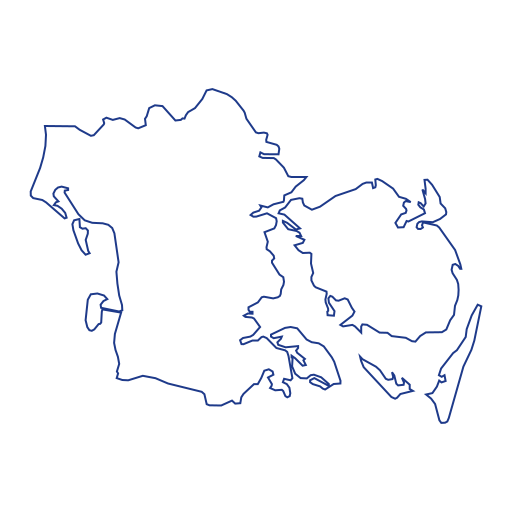 Syddanmark, Albers equal-area conic projection
{"feature_id": "DNK-3417", "entity_name": "Syddanmark", "entity_type": "Region", "adm_level": 1, "iso_a3": "DNK", "parent_name": "Denmark", "parent_adm1": "", "projection": "albers", "projection_center": [9.703, 55.339], "detail": "fine", "context": "isolated", "style": "outline", "palette": "blue", "viewbox_px": 512, "rotation_deg": 0, "n_neighbors": 0, "source": "natural_earth", "source_scale": "10m", "svg_char_len": 6068}
<svg xmlns="http://www.w3.org/2000/svg" viewBox="0 0 512 512"><path d="M221.2,405.5L209.5,405.3L206.7,404.2L204.4,394.2L201.7,391.8L168.0,383.5L155.5,378.2L142.8,375.8L128.2,380.3L122.3,380.0L116.7,378.1L118.1,373.4L116.9,371.5L119.2,363.9L117.9,356.8L115.5,349.9L114.1,342.9L114.9,333.9L121.1,312.6L102.4,309.4L101.8,311.7L101.2,322.5L100.2,323.8L98.6,324.1L94.3,329.4L91.8,330.8L89.4,330.2L87.3,327.1L85.6,320.2L87.8,299.7L90.8,294.3L97.4,293.5L104.0,295.5L107.3,299.1L103.5,301.0L100.6,304.7L101.1,307.8L119.1,311.5L122.3,310.3L122.0,305.0L119.2,295.5L117.4,283.6L116.4,271.7L118.6,262.3L114.4,233.3L112.2,228.0L108.3,224.8L102.7,223.3L92.2,222.8L84.7,220.3L78.4,214.2L64.6,192.6L64.8,190.6L68.1,190.0L68.1,188.3L61.6,186.6L58.0,187.5L55.3,189.8L53.4,193.6L53.8,196.3L58.4,201.4L55.9,202.3L53.9,205.1L57.5,205.8L61.7,208.7L65.2,212.9L66.6,217.7L64.6,218.4L46.1,202.4L42.3,200.0L33.2,198.1L30.8,195.6L30.7,191.5L40.1,168.0L43.2,157.4L45.4,146.0L46.0,134.8L44.9,126.0L75.0,126.3L79.7,129.8L90.9,135.8L93.8,135.2L103.8,124.4L104.2,123.1L103.1,119.5L106.4,117.7L112.8,119.9L119.7,118.1L124.7,119.5L135.6,127.5L138.2,128.3L145.8,125.2L145.0,118.8L146.7,116.3L149.2,108.1L154.9,105.3L162.5,106.1L175.4,120.5L180.8,119.9L182.5,118.4L184.5,118.6L185.9,115.2L188.1,112.1L195.0,108.1L202.3,99.0L206.6,90.4L212.4,89.1L226.9,94.1L231.8,97.2L235.7,100.7L243.6,110.7L244.7,112.7L246.4,118.7L255.9,132.4L258.4,133.2L263.9,132.6L266.9,133.3L267.6,134.8L266.2,139.8L266.4,141.9L276.7,144.8L278.5,146.4L279.3,148.8L278.5,154.3L264.1,154.2L260.4,152.4L259.3,156.4L262.6,157.9L273.8,158.1L275.9,159.4L283.9,167.7L288.3,176.2L291.4,177.0L306.4,177.0L303.8,180.2L295.7,186.6L291.4,192.3L284.3,195.4L283.9,200.6L283.4,201.8L273.5,204.3L267.8,207.4L260.3,205.5L261.4,207.4L259.1,210.7L253.3,212.6L250.6,215.0L253.4,216.7L256.3,216.6L267.0,213.3L276.1,218.2L276.7,221.3L276.0,225.1L274.3,228.4L264.5,232.2L267.8,241.7L266.5,247.2L266.7,249.2L269.9,251.3L273.7,255.7L274.2,258.4L272.0,260.6L272.0,262.7L279.5,274.6L283.3,277.2L284.0,281.7L283.4,285.0L281.2,289.4L280.7,293.9L279.9,295.9L277.8,297.3L273.2,298.4L263.9,296.7L261.7,297.3L257.9,302.4L248.5,307.3L248.5,309.8L249.8,311.8L252.5,311.8L252.5,313.7L247.9,313.5L243.8,315.7L245.4,316.9L251.9,317.5L254.0,318.5L260.1,327.0L253.2,334.9L250.3,336.6L243.0,338.0L240.1,340.2L241.5,344.1L243.5,344.2L252.5,340.5L257.9,340.5L261.5,337.1L263.3,336.6L266.7,338.1L276.4,348.0L285.1,350.3L287.2,351.9L288.5,356.0L292.4,378.2L290.6,380.3L284.1,378.8L282.9,382.2L286.8,384.1L289.4,387.7L290.3,393.2L289.7,396.1L287.3,397.3L285.4,396.1L283.2,391.0L281.8,389.8L275.2,390.3L270.1,388.0L271.6,385.8L271.9,384.1L268.0,377.5L273.4,374.7L272.6,371.5L268.8,369.3L264.3,370.7L261.3,377.9L257.8,384.1L254.0,384.1L243.5,393.9L241.3,397.3L240.3,403.2L235.2,403.6L232.0,400.6L221.2,405.5ZM441.9,332.2L425.9,332.4L420.2,336.0L415.4,341.6L412.0,341.2L405.8,337.8L391.7,336.1L387.5,332.8L379.6,332.6L367.0,324.8L362.4,324.4L361.2,326.5L361.2,332.6L355.0,326.4L352.4,324.9L343.1,326.4L340.4,324.9L352.4,315.6L354.5,311.6L351.8,307.7L347.7,299.5L344.7,298.3L338.6,300.7L336.0,300.4L332.4,296.7L330.3,295.9L328.4,298.3L328.9,302.7L334.5,311.1L333.9,315.7L327.6,315.2L327.3,311.7L328.2,310.8L328.1,308.5L325.7,302.4L325.4,299.4L326.7,293.8L326.5,291.6L315.7,287.3L314.0,285.7L311.4,280.4L311.4,277.0L313.2,273.0L311.0,263.5L311.4,253.9L309.8,252.7L302.8,253.0L298.5,250.2L294.6,245.3L302.8,242.9L304.4,239.8L295.8,236.0L301.1,236.0L299.5,232.7L296.6,231.0L288.2,229.2L282.9,222.6L282.9,220.9L287.1,222.8L295.9,229.5L300.0,228.4L284.4,214.6L278.6,213.3L279.8,210.4L285.1,207.5L291.0,199.9L299.4,198.2L302.3,198.7L302.9,202.5L304.3,205.5L311.9,209.7L320.0,206.7L335.5,196.0L355.7,189.1L362.6,183.9L366.4,182.5L371.9,182.5L373.1,188.1L375.3,187.3L375.8,185.2L375.3,179.5L377.4,178.9L382.2,181.1L393.1,188.6L399.0,196.8L405.9,198.8L410.7,202.1L405.7,201.1L403.9,202.6L403.2,205.8L406.1,208.9L406.5,210.5L405.7,212.9L401.2,214.4L395.4,222.9L398.0,227.5L403.6,227.2L406.6,221.0L408.4,221.5L425.0,213.2L423.9,209.5L420.3,207.3L418.3,204.7L418.7,202.3L420.7,203.2L423.7,206.5L425.6,203.4L425.1,199.1L422.4,189.5L425.6,193.3L425.6,188.6L424.5,179.9L427.5,179.7L432.1,184.8L439.7,197.0L440.6,203.5L445.2,208.3L446.3,212.1L446.0,214.4L440.0,219.0L432.8,222.2L421.9,221.4L419.2,222.0L417.4,223.7L416.6,227.2L418.0,228.9L420.6,229.0L422.9,227.5L422.0,225.2L423.1,222.4L436.8,225.5L439.2,227.5L455.1,250.0L460.3,264.3L461.3,268.8L460.1,268.8L458.2,265.9L455.3,264.0L452.7,264.8L451.6,269.8L452.6,273.2L456.9,279.9L458.2,284.0L458.6,289.9L458.3,295.4L457.3,300.1L455.0,305.8L454.0,314.9L450.2,320.2L446.3,329.5L441.9,332.2ZM331.8,357.3L334.2,361.7L340.5,380.8L340.4,383.5L333.7,384.0L325.1,389.5L322.8,388.6L320.1,386.4L312.8,384.1L310.1,382.2L310.1,380.3L314.3,378.1L328.8,385.9L328.8,384.0L321.2,377.3L313.9,374.7L310.7,375.2L306.8,378.4L300.6,378.1L295.2,373.7L292.1,366.4L292.6,357.4L291.6,357.4L291.6,355.7L295.1,358.2L302.6,365.7L305.8,365.0L303.4,360.3L304.9,358.9L297.2,352.8L296.1,350.6L298.1,348.0L298.1,346.1L285.6,347.3L278.2,344.8L277.4,342.3L280.9,338.8L281.8,336.6L273.7,338.2L271.0,336.6L271.0,334.6L285.0,327.9L290.6,327.0L297.2,328.3L306.6,339.5L311.7,342.2L318.7,343.3L323.8,346.4L331.8,357.3ZM465.7,337.0L466.7,329.1L471.7,315.4L477.7,304.7L481.3,306.3L474.3,340.6L471.4,349.8L463.4,366.6L448.8,418.0L447.3,421.5L445.1,422.7L441.3,422.9L439.4,420.3L435.1,404.0L431.1,398.6L426.1,394.5L432.4,393.1L436.9,386.6L439.2,380.6L441.5,382.4L445.6,381.0L444.5,375.2L441.7,376.8L438.9,375.2L441.1,368.5L453.1,353.1L456.9,350.2L465.7,337.0ZM401.9,377.8L409.7,384.7L409.7,389.0L412.9,390.9L400.4,394.0L397.0,397.8L395.1,398.7L391.4,397.0L363.7,367.2L361.1,360.9L360.1,356.6L362.5,359.2L376.0,366.7L380.0,370.3L385.8,378.8L388.2,379.8L392.5,379.1L393.2,376.9L392.0,372.2L394.3,375.5L396.3,383.7L398.1,385.4L403.6,384.8L404.0,382.6L401.9,377.8ZM89.6,253.2L85.6,254.7L81.6,250.3L78.1,243.4L73.4,230.2L72.4,224.2L74.1,220.3L79.4,219.0L79.9,227.2L82.5,228.7L85.7,228.2L87.9,230.5L87.8,233.7L85.7,239.9L88.2,250.9L89.6,253.2Z" fill="none" stroke="#1e3a8a" stroke-width="2"/></svg>